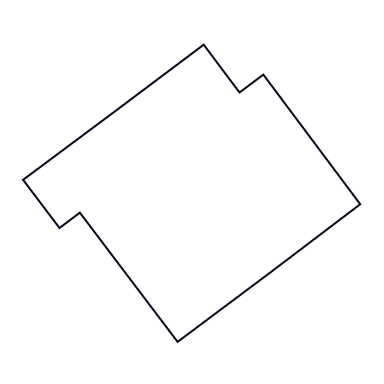 the district of Shelby, Iowa, United States of America, rotated 143°
{"feature_id": "52423323B47496055628600", "entity_name": "Shelby", "entity_type": "district", "adm_level": 2, "iso_a3": "USA", "parent_name": "United States of America", "parent_adm1": "Iowa", "projection": "natural_earth1", "projection_center": [-95.264, 41.684], "detail": "fine", "context": "isolated", "style": "outline", "palette": "ink", "viewbox_px": 384, "rotation_deg": 143, "n_neighbors": 0, "source": "geoboundaries", "source_scale": "gbopen_adm2", "svg_char_len": 303}
<svg xmlns="http://www.w3.org/2000/svg" viewBox="0 0 384 384"><g transform="rotate(143 192 192)"><path d="M319.6,303.4L319.5,243.0L294.0,243.0L293.7,81.0L179.5,80.6L65.0,81.0L64.4,242.8L94.2,242.9L94.0,302.6L206.8,302.8L263.4,303.1L319.6,303.4Z" fill="none" stroke="#020617" stroke-width="2"/></g></svg>